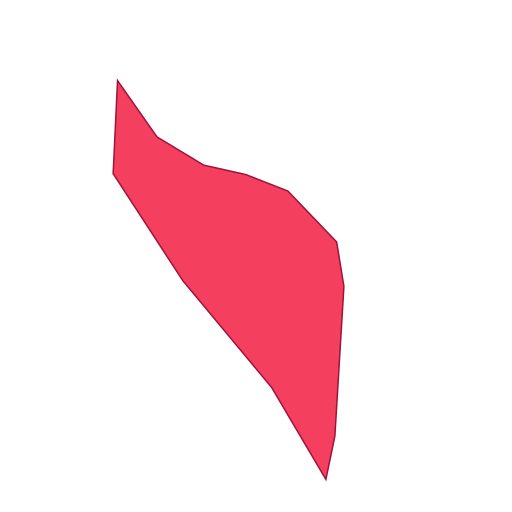 outline of Mitiaro, rotated 145°
{"feature_id": "COK-4954", "entity_name": "Mitiaro", "entity_type": "state/province", "adm_level": 1, "iso_a3": "COK", "parent_name": "Cook Islands", "parent_adm1": "", "projection": "natural_earth1", "projection_center": [-157.722, -19.812], "detail": "fine", "context": "isolated", "style": "filled", "palette": "rose", "viewbox_px": 512, "rotation_deg": 145, "n_neighbors": 0, "source": "natural_earth", "source_scale": "10m", "svg_char_len": 324}
<svg xmlns="http://www.w3.org/2000/svg" viewBox="0 0 512 512"><g transform="rotate(145 256 256)"><path d="M326.9,32.9L318.6,139.3L330.1,277.7L325.8,405.4L268.8,479.1L268.8,410.3L246.7,360.4L217.6,328.5L192.6,290.8L181.9,221.2L201.4,180.7L294.7,63.2L326.9,32.9Z" fill="#f43f5e" stroke="#9f1239" stroke-width="1.5"/></g></svg>